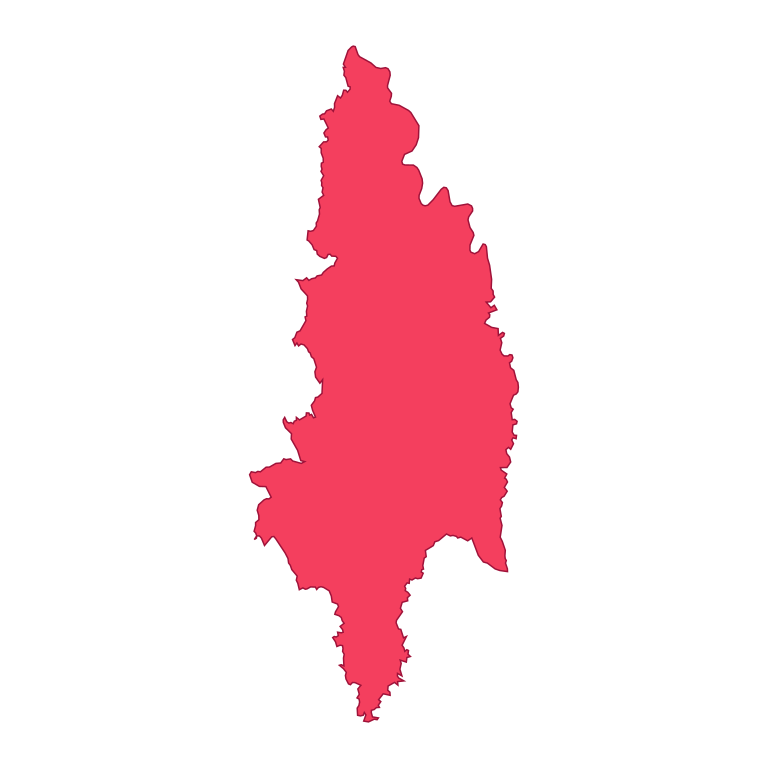 Vacaria, Rio Grande do Sul, Brazil (Equal Earth projection)
{"feature_id": "56859067B46589048309453", "entity_name": "Vacaria", "entity_type": "district", "adm_level": 2, "iso_a3": "BRA", "parent_name": "Brazil", "parent_adm1": "Rio Grande do Sul", "projection": "equal_earth", "projection_center": [-50.936, -28.365], "detail": "fine", "context": "isolated", "style": "filled", "palette": "rose", "viewbox_px": 768, "rotation_deg": 0, "n_neighbors": 0, "source": "geoboundaries", "source_scale": "gbopen_adm2", "svg_char_len": 6101}
<svg xmlns="http://www.w3.org/2000/svg" viewBox="0 0 768 768"><path d="M418.9,125.7L410.8,112.5L408.6,110.5L399.2,105.3L391.4,103.7L389.7,101.2L391.3,96.3L391.5,93.3L387.6,87.9L387.5,85.6L390.2,75.3L389.9,71.9L388.0,68.7L385.6,67.7L380.7,68.5L375.9,67.4L371.0,63.0L359.6,56.7L358.0,54.6L355.2,46.6L353.2,46.1L351.5,47.0L348.1,50.5L343.4,64.1L345.4,67.3L343.2,67.4L344.4,71.2L343.9,75.2L345.8,77.6L348.1,86.2L350.2,86.9L350.1,89.2L347.5,92.2L345.9,90.3L343.7,90.2L342.3,95.3L340.5,98.0L337.6,95.7L334.5,103.6L334.6,107.3L333.3,111.3L331.3,109.0L326.5,110.8L324.6,113.8L322.5,114.1L319.8,116.1L320.9,119.4L323.9,119.0L328.3,128.0L326.0,129.8L323.9,133.0L325.5,136.9L327.6,137.0L328.2,140.1L326.6,141.8L323.6,141.9L319.2,146.7L321.2,148.4L321.2,152.8L323.2,158.2L323.3,162.2L321.4,163.2L321.2,166.3L322.0,169.2L321.0,171.4L323.7,175.7L321.1,180.4L321.8,182.7L321.6,185.5L323.0,187.7L322.1,192.1L323.7,195.3L318.4,199.3L320.2,207.5L319.2,209.8L319.5,214.1L317.5,221.0L316.2,223.0L316.4,226.2L313.4,230.5L310.7,231.3L308.1,230.8L307.1,240.0L308.7,240.9L312.1,244.8L314.1,249.6L316.7,250.6L317.3,254.1L319.9,256.4L324.4,258.4L326.6,257.5L328.1,254.4L330.2,254.3L331.7,256.1L335.8,256.3L337.5,258.2L334.8,263.1L334.2,265.9L331.4,266.1L327.4,268.8L323.4,272.3L321.6,275.0L317.1,275.9L315.4,277.9L311.7,278.7L308.9,280.4L306.6,277.8L302.9,280.6L296.2,279.7L298.5,282.2L301.1,288.9L307.5,295.9L307.6,299.4L306.7,303.2L307.6,306.0L306.4,311.3L306.8,316.1L305.1,316.9L305.9,320.7L300.1,330.8L296.9,332.2L294.8,337.7L292.5,339.5L295.0,345.6L296.9,343.0L298.6,345.9L301.0,344.0L304.0,344.9L307.4,348.6L308.6,351.8L310.2,353.0L311.4,356.7L313.8,358.7L316.5,367.2L314.9,371.8L315.6,377.1L319.9,383.2L322.6,379.7L322.0,393.4L317.8,397.1L315.5,397.6L314.6,400.8L311.3,405.3L312.6,410.3L315.5,417.1L313.5,417.8L311.5,414.4L309.7,415.1L308.9,413.0L306.4,412.9L306.1,416.0L299.5,419.9L296.4,417.4L296.4,420.3L294.3,421.2L293.2,423.7L290.9,422.5L288.8,423.1L286.8,421.8L284.7,417.4L283.2,419.9L283.3,422.4L285.5,427.8L291.5,433.7L291.2,439.0L297.6,450.3L300.8,460.6L304.7,461.6L301.3,463.4L292.7,461.0L290.6,458.9L286.0,459.6L283.8,458.8L280.7,463.0L275.9,463.4L269.4,467.1L266.1,467.2L260.4,471.8L257.8,471.4L255.6,472.6L251.3,471.8L249.6,474.7L252.2,482.2L259.4,486.4L265.9,486.6L271.2,497.2L268.9,498.9L266.6,498.7L264.0,499.9L258.7,504.7L257.2,510.2L258.8,515.5L258.9,519.7L255.6,522.5L255.6,525.7L254.1,531.3L255.7,533.0L256.7,535.8L259.5,536.0L261.4,538.1L264.5,545.5L271.7,536.8L273.9,536.5L275.9,539.0L285.1,552.9L288.0,558.5L288.6,563.0L290.3,565.3L291.8,569.6L297.2,576.1L296.3,580.2L297.8,583.3L299.3,589.7L302.9,587.9L305.3,589.2L307.0,588.9L310.6,586.9L315.4,587.1L316.7,589.5L318.5,587.4L321.0,586.7L323.6,587.4L329.2,590.8L331.3,596.0L332.2,602.0L337.6,604.1L338.5,606.7L335.5,611.8L334.8,614.3L339.0,615.7L341.3,617.5L342.2,620.7L344.1,623.3L340.1,626.4L342.6,629.7L343.2,632.2L341.4,632.8L337.6,632.2L338.3,635.7L336.2,637.0L334.2,636.5L332.7,637.6L335.5,641.8L336.9,646.5L340.1,645.2L342.5,645.6L343.0,648.5L342.6,651.4L344.2,654.3L343.5,658.0L343.9,665.9L341.3,664.7L339.4,665.3L343.5,668.7L346.3,672.4L345.4,675.5L346.0,679.0L348.5,683.9L350.4,684.7L352.5,682.5L355.0,682.6L360.9,685.3L357.8,689.0L359.3,694.3L357.0,697.9L359.1,699.1L359.6,702.1L358.9,705.5L357.2,708.1L357.6,715.3L360.5,715.9L363.3,715.2L364.3,712.5L365.9,714.9L363.7,721.1L368.5,721.9L374.2,719.2L377.1,719.7L378.4,717.9L372.5,716.9L371.3,712.7L371.4,710.3L374.2,709.5L376.4,707.6L379.4,707.4L378.3,705.2L380.8,701.6L378.6,699.7L383.2,693.8L390.1,695.3L389.9,692.2L387.7,690.2L388.1,686.0L394.5,682.4L397.9,685.1L397.6,681.6L403.9,680.9L398.7,678.0L397.4,676.0L397.5,673.4L401.9,675.9L399.9,669.2L401.2,663.5L400.2,660.1L406.3,662.1L406.9,657.5L410.4,656.5L408.0,654.2L408.5,650.5L406.8,649.7L404.8,651.3L403.9,647.9L402.1,645.2L406.4,636.5L403.5,637.8L400.8,629.4L398.5,628.9L396.1,622.8L396.5,620.3L402.5,611.7L400.4,608.3L402.2,602.3L407.7,600.8L407.4,597.7L410.1,595.2L407.9,592.4L405.2,590.6L405.7,588.4L404.6,586.2L407.1,582.9L409.2,583.3L409.6,579.1L412.0,580.0L415.4,578.0L417.6,578.7L421.1,578.1L423.2,573.2L421.2,572.0L421.8,569.6L423.5,569.1L422.8,565.6L424.2,558.1L426.2,556.7L425.4,550.4L433.3,545.6L434.8,541.8L438.6,540.6L446.5,534.0L450.3,535.9L453.0,535.4L456.5,536.4L457.7,538.0L460.8,537.1L467.7,540.8L471.8,538.0L478.3,555.3L483.4,562.0L487.4,563.1L495.1,568.9L499.8,570.5L507.5,571.6L507.4,568.8L505.5,563.1L506.3,560.5L505.2,558.6L504.9,555.8L505.3,550.3L502.3,541.4L500.2,537.2L502.0,525.4L500.1,518.2L501.3,516.4L499.9,508.6L501.6,506.0L502.4,502.5L500.3,499.9L501.7,497.5L504.1,496.2L507.2,491.2L504.3,487.4L507.5,482.0L506.2,479.2L504.6,478.1L506.8,474.0L501.2,470.1L500.4,467.6L507.0,467.5L510.7,462.0L509.5,457.1L506.7,453.6L505.9,449.6L508.5,447.4L510.7,449.3L513.5,443.7L511.7,439.9L513.1,437.8L516.1,438.7L516.5,435.4L514.1,435.2L512.2,432.0L512.9,424.9L516.5,423.8L517.1,421.3L514.7,419.4L512.2,419.7L511.2,412.5L513.2,409.2L511.2,407.8L510.0,403.8L513.5,395.2L516.3,393.9L517.9,391.8L518.4,387.2L517.9,382.5L516.2,379.7L513.8,370.4L510.5,367.7L509.5,362.8L511.6,361.3L512.9,357.8L512.0,355.0L509.8,354.6L507.9,356.0L504.0,355.9L502.0,354.1L500.1,350.1L501.8,342.7L500.4,338.4L503.7,336.0L504.4,333.4L502.6,332.4L498.4,335.4L498.1,328.6L491.7,327.4L484.6,323.4L486.0,320.1L489.5,317.2L489.8,314.8L488.5,313.0L496.9,309.8L494.3,305.3L490.9,307.7L486.2,302.1L490.6,301.8L494.6,297.1L493.2,294.5L493.1,291.0L491.2,288.4L491.6,279.4L489.6,265.2L487.5,258.2L486.4,246.7L485.2,244.6L483.1,244.0L478.6,251.6L474.7,253.7L470.9,252.2L469.9,250.1L470.0,245.0L473.9,235.4L473.2,232.5L470.0,227.5L468.0,219.9L468.7,216.8L472.6,211.0L472.6,208.4L471.5,205.9L467.8,204.0L454.7,206.3L452.1,205.6L450.0,201.8L448.1,190.6L446.3,187.8L443.8,187.3L441.2,189.3L433.2,199.7L427.8,205.2L425.1,205.8L423.0,205.2L421.2,203.6L419.0,198.4L419.1,195.3L421.7,188.6L422.6,183.2L422.1,178.8L418.7,170.2L416.9,167.5L413.4,165.1L404.9,165.0L402.6,164.1L401.8,161.3L404.5,154.4L412.0,151.0L416.2,144.8L418.5,137.7L418.9,125.7ZM256.7,535.8L254.3,539.5L256.4,538.2L256.7,535.8Z" fill="#f43f5e" stroke="#9f1239" stroke-width="1.5"/></svg>